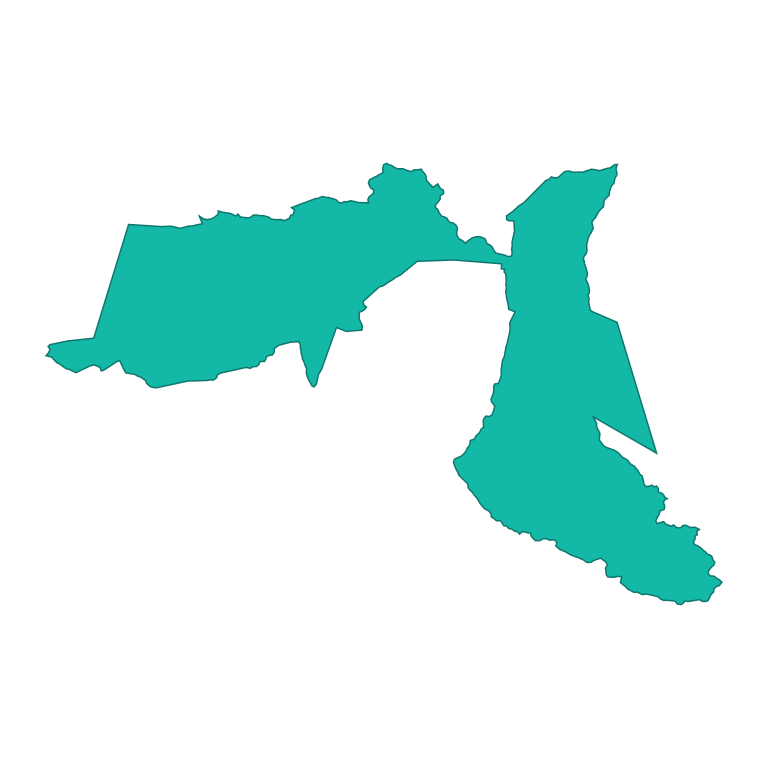 the district of Sobral, Ceará, Brazil
{"feature_id": "56859067B25593631860956", "entity_name": "Sobral", "entity_type": "district", "adm_level": 2, "iso_a3": "BRA", "parent_name": "Brazil", "parent_adm1": "Ceará", "projection": "mercator", "projection_center": [-40.186, -3.856], "detail": "fine", "context": "isolated", "style": "filled", "palette": "teal", "viewbox_px": 768, "rotation_deg": 0, "n_neighbors": 0, "source": "geoboundaries", "source_scale": "gbopen_adm2", "svg_char_len": 6115}
<svg xmlns="http://www.w3.org/2000/svg" viewBox="0 0 768 768"><path d="M170.4,226.2L161.7,226.6L128.6,224.5L93.7,338.2L68.2,340.9L50.0,344.6L48.1,346.5L49.9,349.1L48.9,352.4L46.1,355.7L51.9,357.2L54.4,360.2L57.0,362.8L59.6,363.9L63.8,367.1L66.1,368.6L69.7,369.6L76.0,372.7L90.2,365.8L94.3,364.9L100.0,367.4L101.1,370.8L103.6,370.3L116.2,362.0L119.6,360.5L124.3,370.3L125.8,372.9L135.0,374.4L137.5,376.1L140.5,377.0L145.5,380.5L146.6,383.4L149.2,385.7L151.0,386.9L153.3,387.5L156.5,387.8L188.0,381.0L206.5,380.5L209.9,379.9L213.7,380.0L216.5,377.8L217.6,374.4L221.7,372.8L246.3,367.4L250.2,368.3L253.3,366.6L256.3,366.6L259.0,364.4L259.8,361.5L264.4,361.5L265.8,359.3L266.6,356.4L269.7,355.4L272.5,354.9L274.2,352.0L274.2,348.6L278.5,345.4L290.0,342.3L298.8,341.6L300.3,344.8L300.4,348.2L301.0,350.5L301.2,353.3L302.0,355.9L302.5,359.1L303.9,361.7L305.0,365.0L306.6,368.8L306.3,372.4L307.1,376.0L309.0,380.8L310.5,382.9L311.9,385.8L314.0,386.9L316.5,383.9L318.3,375.0L321.7,368.9L336.5,327.5L346.1,331.4L361.9,330.1L362.3,325.7L359.1,318.7L359.3,312.3L362.0,311.2L364.7,309.5L366.5,307.0L364.1,305.3L362.9,301.7L379.5,286.7L382.0,286.3L384.8,284.8L387.0,283.1L393.0,279.4L395.3,277.6L400.5,274.9L417.2,261.3L453.8,260.0L501.6,263.8L501.3,268.8L504.6,269.5L504.1,272.0L505.8,273.8L506.2,282.1L505.8,284.7L506.5,287.6L505.7,291.1L506.8,298.9L508.2,304.7L508.7,309.2L515.1,311.9L509.8,322.6L510.1,329.3L509.4,333.5L507.1,343.7L506.0,346.8L504.3,356.8L503.0,359.1L502.3,361.4L501.2,369.6L501.3,375.2L500.4,378.4L498.4,383.4L494.8,384.0L493.6,386.2L493.9,388.9L493.3,393.6L491.1,399.0L491.5,401.7L493.4,404.1L494.7,406.5L493.2,411.9L491.7,415.2L488.9,416.6L486.1,416.0L484.5,417.7L483.2,420.2L483.6,427.1L481.2,429.0L480.2,431.4L478.6,433.6L476.4,435.4L474.2,439.2L470.2,440.5L469.9,444.2L468.8,446.3L467.2,448.1L466.1,450.9L464.2,453.4L461.4,456.1L456.8,458.0L454.4,459.4L453.4,462.1L455.6,468.2L457.7,472.1L458.9,475.2L467.7,483.8L468.1,487.4L469.4,489.6L472.5,492.5L474.5,495.4L477.1,498.3L480.0,503.3L482.2,506.1L484.4,508.6L488.8,511.0L491.1,513.8L491.3,517.0L494.0,518.5L496.5,520.8L500.7,520.8L503.8,525.7L506.8,526.2L509.1,528.7L511.5,528.9L515.0,531.4L517.3,531.5L519.5,534.1L522.6,531.5L530.5,533.4L531.2,536.3L535.2,540.6L539.8,540.7L543.1,538.7L546.8,538.8L549.9,540.3L552.5,539.6L555.7,540.7L556.8,543.5L555.8,546.0L559.9,549.5L565.0,551.6L571.3,555.2L579.2,558.0L583.8,560.2L587.1,562.6L591.1,562.2L594.6,560.1L600.6,558.2L605.5,561.6L607.4,564.7L605.5,568.2L606.3,574.6L607.8,576.9L613.9,577.3L618.0,576.3L621.7,576.8L620.4,582.6L625.9,586.9L627.5,588.9L634.2,592.4L637.0,592.0L642.3,594.6L646.5,594.0L657.6,596.5L660.9,599.3L664.0,600.4L667.0,600.3L674.9,601.0L677.3,604.0L680.9,604.6L683.4,603.1L684.7,601.0L688.3,601.5L699.5,599.6L702.1,601.3L705.6,601.5L708.1,600.5L710.6,595.4L711.9,593.6L713.5,592.1L713.9,589.2L715.9,586.7L719.4,585.5L721.9,582.1L719.2,579.7L716.6,578.2L714.3,576.3L710.0,575.8L708.3,573.6L708.5,571.1L709.9,568.8L714.1,564.7L714.7,562.4L712.8,559.6L711.8,556.2L709.7,554.8L707.4,554.2L705.4,551.8L703.2,550.4L701.6,548.5L697.6,545.8L694.9,544.7L693.3,542.5L695.0,539.0L695.2,535.9L697.3,534.7L696.8,531.2L699.4,529.5L695.4,527.3L690.1,527.4L685.7,525.3L683.1,525.4L680.6,527.8L676.9,527.8L673.6,524.9L671.3,526.2L665.9,524.2L663.6,521.6L657.1,523.6L655.7,520.7L659.0,514.5L660.1,510.9L664.2,509.4L664.7,506.1L663.4,502.1L664.9,499.7L667.2,498.7L664.7,497.1L663.6,494.9L661.7,493.2L658.3,492.1L658.4,488.7L656.7,486.1L654.3,486.8L652.0,485.2L648.7,486.3L645.8,486.6L643.8,483.9L643.6,481.6L642.1,475.9L639.8,474.2L638.1,470.8L634.7,466.6L630.3,463.8L627.7,460.2L622.0,456.9L618.8,453.2L617.0,451.9L614.4,450.3L606.9,447.6L603.9,446.1L599.3,440.0L599.9,433.5L596.5,426.4L596.7,423.7L593.4,416.9L656.6,453.2L617.0,322.3L592.2,311.6L590.2,309.9L588.6,301.9L589.1,298.5L587.8,295.3L589.2,293.1L589.5,290.7L588.3,284.6L585.7,279.1L587.1,276.1L587.4,273.3L585.5,266.3L584.4,263.7L584.2,261.1L583.3,259.1L584.1,256.3L586.0,254.0L587.0,250.8L586.6,245.1L588.2,238.2L589.3,235.3L591.0,233.0L593.3,228.1L591.8,222.4L593.6,219.6L595.6,217.5L598.4,212.0L600.9,209.1L603.4,206.8L604.0,201.3L604.9,199.3L609.1,195.3L609.4,192.4L610.8,187.3L611.9,185.4L613.9,183.2L615.1,177.6L616.6,175.6L617.0,172.8L616.2,170.6L616.2,167.5L617.4,164.5L614.5,164.7L610.4,167.8L606.9,168.4L599.8,170.6L591.7,169.2L585.6,171.1L582.7,172.3L579.8,172.1L573.3,172.3L569.8,171.2L566.7,171.1L563.9,172.1L558.3,177.4L554.6,177.9L551.2,176.9L549.0,179.3L545.7,180.6L523.8,202.7L518.9,205.8L513.2,211.1L506.5,216.0L506.6,219.5L508.7,220.8L511.2,220.7L513.9,221.0L514.5,231.1L512.1,241.7L512.2,245.8L511.6,249.2L512.1,252.1L511.7,256.0L508.0,256.7L505.3,255.3L495.9,253.1L494.4,251.1L492.1,246.9L490.4,245.3L486.9,243.4L485.0,238.8L480.0,236.7L476.7,236.7L472.3,237.8L466.8,241.7L465.3,243.3L462.3,240.4L459.2,239.0L457.1,236.0L456.7,231.9L457.5,228.3L456.1,225.3L453.3,223.1L449.7,222.2L448.1,220.5L447.2,218.5L444.8,217.1L441.7,216.2L439.1,212.7L437.8,209.4L435.5,207.6L435.4,205.2L440.1,199.3L440.2,195.8L443.7,193.4L443.4,190.3L440.3,188.4L437.8,183.9L433.1,187.3L428.3,182.5L426.3,179.7L426.0,176.4L425.0,173.9L423.0,172.0L421.4,169.2L417.4,169.8L414.0,169.8L411.2,171.7L407.2,170.5L403.1,168.8L397.7,168.7L395.5,168.1L391.2,165.2L389.0,164.8L386.7,163.4L383.6,164.8L382.8,168.4L383.0,172.7L379.3,174.5L376.7,176.2L369.6,179.7L368.4,183.0L369.6,186.1L371.2,188.4L373.7,189.9L373.4,193.2L371.8,194.9L369.4,196.5L367.9,199.4L368.4,202.8L358.8,202.6L350.7,200.7L347.5,201.7L344.0,201.7L342.0,203.0L338.8,202.4L336.5,200.1L334.1,199.0L331.5,198.5L329.4,197.6L326.2,197.4L323.1,196.6L320.4,197.2L318.4,198.4L315.8,198.5L291.5,207.6L294.6,210.1L293.0,214.7L290.7,215.2L289.5,218.4L284.2,220.7L281.0,219.5L277.4,219.7L271.5,219.2L268.6,217.1L263.4,215.6L259.7,215.7L257.2,215.1L253.4,215.0L250.5,217.3L248.4,217.9L240.6,217.1L237.9,214.1L235.8,216.0L232.7,214.4L229.6,213.3L222.4,212.2L218.2,211.0L218.6,213.2L216.9,215.3L213.7,217.8L210.6,219.0L207.0,219.6L203.5,218.8L199.3,216.1L202.4,223.8L195.8,225.0L193.0,225.9L188.5,226.1L180.2,228.4L173.1,226.6L170.4,226.2Z" fill="#14b8a6" stroke="#0f766e" stroke-width="1.5"/></svg>